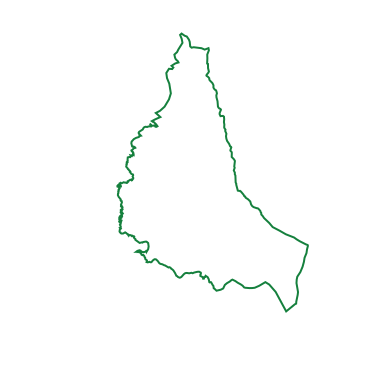 Dauphin, Dauphin, Saint Lucia, rotated 245°
{"feature_id": "8701671B67654174060035", "entity_name": "Dauphin", "entity_type": "district", "adm_level": 2, "iso_a3": "LCA", "parent_name": "Saint Lucia", "parent_adm1": "Dauphin", "projection": "orthographic", "projection_center": [-60.901, 14.058], "detail": "fine", "context": "isolated", "style": "outline", "palette": "green", "viewbox_px": 384, "rotation_deg": 245, "n_neighbors": 0, "source": "geoboundaries", "source_scale": "gbopen_adm2", "svg_char_len": 6086}
<svg xmlns="http://www.w3.org/2000/svg" viewBox="0 0 384 384"><g transform="rotate(245 192 192)"><path d="M44.0,226.9L46.8,237.9L46.8,239.2L48.6,240.2L54.1,244.3L56.5,245.8L65.3,248.2L68.4,249.9L70.7,251.6L73.6,256.3L77.5,260.6L81.4,263.9L84.8,266.2L88.2,269.9L91.4,272.0L94.2,274.3L95.1,274.4L96.4,273.1L101.9,268.8L104.9,266.8L107.6,265.3L114.0,259.2L120.1,254.9L126.1,250.3L131.3,248.9L137.9,246.3L140.5,245.9L142.3,245.3L143.9,245.9L144.9,245.7L146.0,245.9L148.2,245.3L149.5,244.7L149.8,244.0L152.3,241.4L153.9,240.6L155.8,240.3L158.8,240.8L161.8,239.7L164.0,238.3L165.0,238.1L165.4,238.3L166.3,237.6L167.7,237.6L171.8,236.5L172.2,236.1L172.7,236.0L173.0,235.3L173.9,234.1L180.0,235.2L180.7,235.6L182.2,235.6L188.6,238.3L190.0,238.3L191.4,239.0L193.9,239.0L195.9,240.9L197.3,241.1L202.0,244.0L203.7,243.9L207.0,242.8L210.8,244.7L211.6,244.8L213.0,244.3L213.6,244.4L215.9,246.5L216.6,246.4L217.2,245.9L219.9,246.0L223.5,245.4L225.9,245.7L228.2,246.4L230.3,247.8L233.3,247.9L234.4,248.7L235.9,248.4L237.0,248.5L239.4,249.8L241.9,250.5L244.3,251.9L246.8,252.8L247.9,252.2L248.7,249.9L250.8,249.9L251.9,250.4L254.3,253.0L255.3,252.9L256.1,252.1L257.2,251.7L258.4,251.6L263.5,253.5L267.5,254.2L269.3,254.9L270.9,256.3L273.1,256.7L274.1,256.7L275.0,256.0L276.6,255.6L277.7,255.6L279.5,256.5L280.4,256.6L282.2,256.5L285.6,255.3L286.4,255.2L287.9,255.7L289.6,255.2L291.1,254.3L291.5,254.3L292.1,254.9L293.2,257.2L294.0,258.2L297.5,258.9L301.3,260.6L302.0,260.0L306.6,262.4L310.1,263.9L313.3,267.2L315.4,267.7L315.7,263.7L318.3,261.4L322.5,254.7L323.0,252.6L324.7,251.9L329.1,253.4L331.4,253.6L335.1,253.0L336.7,251.4L340.0,249.5L339.4,247.6L335.2,247.4L331.2,246.4L326.9,239.8L325.1,237.6L324.0,234.1L320.9,233.4L319.1,233.4L316.3,234.5L315.1,234.5L315.6,231.2L315.0,226.8L312.7,227.7L311.8,226.0L313.4,223.2L310.7,219.0L305.8,217.5L299.8,217.2L290.3,214.5L285.7,210.3L280.9,203.2L279.1,197.3L278.9,192.6L273.3,195.0L273.4,189.1L273.2,185.6L272.1,186.2L271.8,186.8L268.4,188.1L266.2,188.5L266.1,187.3L266.5,186.6L266.9,186.3L268.1,186.4L268.6,184.4L269.0,183.8L271.0,182.9L270.9,182.7L270.6,182.7L269.0,183.0L268.7,182.6L269.4,181.5L269.8,180.1L269.9,178.8L270.8,177.4L270.9,176.1L270.4,174.9L269.5,173.8L268.9,169.6L268.4,168.8L267.6,168.5L264.6,169.5L264.7,169.0L265.6,168.3L264.7,168.0L264.3,167.0L264.7,164.2L264.5,161.6L263.2,158.6L261.8,157.6L258.6,157.0L258.0,157.5L257.9,158.3L256.6,159.2L256.0,159.3L256.0,158.7L256.4,158.0L255.5,156.1L255.3,154.7L254.4,154.6L253.3,155.3L253.0,155.1L252.3,155.4L251.2,155.1L251.6,154.7L251.4,154.6L250.2,154.4L250.6,153.9L250.3,153.5L250.7,152.9L250.2,152.6L251.0,151.8L250.5,151.8L249.7,150.9L249.7,150.6L250.2,150.1L250.5,148.4L248.6,147.3L247.6,147.0L247.3,146.5L246.7,146.4L246.9,145.9L246.6,145.4L245.8,145.5L245.4,144.8L244.8,144.7L244.7,144.2L243.9,144.0L243.1,143.2L242.5,143.1L241.0,143.6L240.0,143.6L239.5,144.0L238.7,144.0L237.4,144.6L236.6,144.2L236.2,144.7L235.4,144.4L234.0,144.7L232.8,145.9L232.1,145.8L231.1,144.7L229.5,144.7L228.9,144.3L228.6,143.4L228.8,143.0L228.0,142.7L228.0,142.2L228.8,141.9L229.2,141.2L228.9,139.0L228.6,138.8L228.9,138.2L228.6,137.9L228.0,137.8L227.7,136.9L228.0,136.3L228.6,135.9L228.9,135.1L229.7,134.2L229.6,131.9L229.9,131.5L230.5,131.3L230.4,129.9L230.1,129.6L227.7,130.1L227.1,129.9L227.2,129.6L228.1,129.6L229.5,128.7L229.5,127.8L229.0,126.9L228.4,126.7L227.8,127.3L227.7,128.0L227.0,127.9L226.3,128.2L225.9,128.0L225.7,127.2L225.3,127.1L224.9,126.2L223.2,126.1L223.8,125.9L223.7,125.4L222.2,124.9L222.0,124.4L220.5,123.5L218.6,123.5L215.4,124.3L214.8,123.8L214.1,123.8L213.6,124.0L213.4,124.4L212.2,124.1L210.3,122.1L209.8,122.0L209.5,122.3L208.9,121.6L208.3,121.9L208.0,122.5L207.6,122.6L207.4,122.2L206.9,122.0L205.6,121.7L205.6,121.3L205.2,120.9L206.0,120.5L205.9,119.9L204.3,119.2L203.6,119.3L203.5,118.7L203.1,118.7L202.6,119.1L203.0,119.6L203.0,120.0L201.7,120.2L201.6,119.6L201.0,118.0L200.7,118.4L200.1,117.9L199.9,118.5L199.5,118.4L199.2,117.8L200.1,117.1L200.4,116.3L200.2,116.0L199.6,115.9L199.2,115.0L198.8,115.0L198.2,116.0L197.8,114.5L197.2,114.4L196.7,115.6L196.0,116.1L195.7,115.8L195.7,115.4L196.3,114.3L195.9,113.5L195.4,113.6L195.0,114.5L194.6,114.8L193.9,114.1L193.3,114.0L193.2,113.3L192.8,112.8L191.0,112.9L190.3,112.6L190.1,111.7L189.7,112.0L188.9,112.1L188.7,110.9L187.0,109.7L186.4,109.6L185.9,109.7L185.5,110.1L184.8,110.0L184.1,110.6L183.5,112.0L183.6,113.1L183.4,114.1L183.6,114.4L182.6,115.1L181.8,115.3L180.9,115.9L180.0,116.0L180.4,116.3L179.1,117.1L179.2,117.6L178.6,118.4L177.5,118.8L177.6,119.5L176.7,120.1L176.4,120.7L175.9,120.8L175.5,120.1L174.4,120.2L173.3,120.8L172.5,120.5L168.0,123.0L167.5,125.4L167.1,125.8L167.3,126.1L167.2,126.9L166.6,129.1L166.2,129.8L164.3,130.7L161.0,129.7L158.7,128.1L157.1,125.7L157.8,125.9L158.0,125.7L157.6,124.6L157.8,123.1L158.5,121.8L158.9,121.4L160.0,120.8L160.3,120.4L160.7,120.5L161.4,119.8L161.7,117.6L161.4,116.2L161.0,117.1L160.7,117.1L160.6,117.8L159.4,118.9L159.2,119.5L158.1,119.8L156.4,119.8L155.7,120.5L155.9,120.8L155.8,121.2L154.2,121.7L153.3,121.5L152.3,121.8L151.3,121.4L150.5,121.4L149.6,122.1L148.8,122.2L147.7,121.2L146.9,122.2L146.7,123.9L146.0,124.5L145.6,125.2L145.7,126.0L146.5,127.5L146.9,129.5L146.7,130.1L146.0,131.0L143.6,131.9L141.6,132.2L140.3,132.9L139.0,134.6L137.3,135.9L136.9,136.5L133.5,138.8L133.4,139.7L132.5,140.5L131.1,140.8L130.3,141.4L128.8,142.0L125.6,142.4L122.7,142.4L122.0,143.0L121.0,143.3L119.6,144.5L119.4,145.2L119.5,146.5L121.0,150.0L121.3,151.6L120.9,153.0L119.5,155.1L119.0,157.4L118.1,158.3L118.1,159.8L117.4,163.2L116.7,164.8L115.2,165.9L114.1,165.5L113.5,164.6L112.4,164.1L110.6,165.5L109.8,165.7L108.7,165.5L108.5,166.2L109.7,167.0L109.4,167.9L110.3,168.9L108.2,170.2L105.9,170.3L102.9,169.6L102.6,169.8L102.4,170.9L102.1,171.2L99.0,171.4L97.9,171.7L95.5,171.0L95.1,171.4L92.2,172.5L91.3,176.7L91.4,179.5L93.9,182.5L94.6,185.2L94.9,188.4L95.5,190.6L95.5,191.6L92.9,193.7L90.6,195.0L87.7,197.1L85.7,198.3L83.5,198.9L82.7,199.8L80.5,203.7L79.5,206.0L78.7,208.4L78.6,213.3L79.3,220.4L75.5,222.9L66.1,225.6L44.0,226.9Z" fill="none" stroke="#15803d" stroke-width="2"/></g></svg>